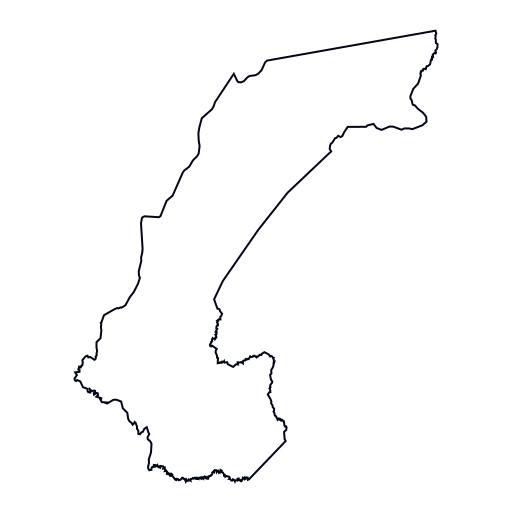 Kaputa, Northern, Zambia (Equal Earth projection)
{"feature_id": "96606910B91372429992286", "entity_name": "Kaputa", "entity_type": "district", "adm_level": 2, "iso_a3": "ZMB", "parent_name": "Zambia", "parent_adm1": "Northern", "projection": "equal_earth", "projection_center": [29.552, -8.814], "detail": "fine", "context": "isolated", "style": "outline", "palette": "ink", "viewbox_px": 512, "rotation_deg": 0, "n_neighbors": 0, "source": "geoboundaries", "source_scale": "gbopen_adm2", "svg_char_len": 6033}
<svg xmlns="http://www.w3.org/2000/svg" viewBox="0 0 512 512"><path d="M74.9,380.3L76.1,381.1L77.2,380.0L80.3,381.5L83.0,387.2L87.7,388.9L87.5,390.9L88.3,392.2L90.2,392.5L90.0,389.3L92.0,391.2L94.0,390.5L95.0,390.8L95.2,392.0L93.8,393.1L94.0,394.6L96.7,393.0L97.7,393.3L98.1,395.2L96.4,396.7L101.3,398.2L101.2,398.8L100.0,398.8L101.8,402.1L105.9,402.4L105.2,402.8L107.1,403.5L113.6,399.7L116.7,399.8L121.1,401.5L122.9,408.4L127.3,412.8L128.2,418.9L129.5,421.3L131.8,423.1L132.6,424.7L134.0,423.5L134.6,422.0L135.6,422.9L137.0,426.6L137.0,428.8L138.3,430.7L138.4,434.0L140.1,434.2L141.4,432.3L142.9,431.7L144.4,428.7L146.8,427.2L148.3,432.3L149.3,434.0L147.5,437.4L147.8,439.3L150.2,441.2L151.5,443.7L151.0,452.5L148.8,459.4L149.0,463.0L148.1,466.6L148.1,468.3L149.3,470.2L151.4,469.8L151.6,467.7L152.4,466.8L153.9,466.9L153.9,464.9L155.4,465.1L155.9,466.3L157.3,465.0L157.8,466.5L159.6,466.2L159.1,467.3L160.2,467.8L161.0,466.0L163.2,466.4L163.6,466.9L163.2,468.4L164.8,467.7L164.8,469.3L165.5,469.8L164.9,471.1L166.3,470.9L167.2,471.9L166.8,473.8L167.9,474.2L168.7,473.4L169.7,475.1L170.3,473.7L171.2,473.6L172.3,474.7L171.3,475.9L172.6,476.1L174.8,479.1L175.8,478.9L175.8,479.5L176.4,479.1L176.7,479.7L177.2,479.0L178.1,479.1L178.8,480.2L180.4,479.8L182.3,477.7L183.0,477.9L183.6,478.9L184.7,478.9L185.4,480.6L185.8,480.0L186.0,481.3L186.7,480.2L187.1,480.9L188.5,480.6L188.7,479.6L190.1,480.4L189.8,479.7L190.6,479.1L191.3,479.4L192.8,478.0L193.6,478.6L194.6,477.7L195.7,477.8L195.6,478.7L196.7,479.0L197.3,479.0L197.4,478.0L198.6,478.8L198.7,478.0L199.7,478.3L200.0,477.7L200.8,478.3L201.1,477.7L201.7,478.8L202.6,478.0L203.1,478.4L203.0,477.6L203.7,477.8L203.6,477.1L204.7,477.1L204.8,476.5L205.9,476.9L206.0,478.3L206.5,478.5L206.8,477.7L207.4,478.3L207.8,477.4L208.3,478.1L209.0,476.1L210.7,475.9L211.1,475.0L211.8,474.8L212.4,473.6L212.2,472.6L213.2,471.7L214.0,472.2L214.0,470.8L214.8,470.1L216.0,470.3L216.5,471.8L216.9,470.8L217.6,471.4L217.6,470.7L218.3,470.6L218.8,472.2L219.5,471.0L219.4,472.3L219.9,472.7L220.5,471.7L220.6,470.0L221.8,470.7L221.6,472.1L222.9,472.6L224.0,474.4L224.0,475.4L224.8,475.1L225.3,476.8L226.5,476.0L229.2,476.8L229.8,477.9L229.2,478.8L229.9,478.7L231.3,480.5L232.5,480.6L233.0,479.3L234.6,480.2L235.0,481.3L235.4,480.3L237.6,480.3L237.5,478.8L238.3,478.6L238.2,479.8L238.8,479.3L238.9,480.0L240.4,480.1L240.4,480.9L241.0,481.3L241.8,480.8L243.0,477.7L244.4,479.1L244.8,477.8L245.7,478.7L246.4,478.1L246.4,477.4L247.7,477.6L247.9,479.8L248.9,479.4L285.6,441.1L284.6,438.9L284.1,431.8L286.2,430.0L286.6,427.4L286.0,426.3L285.2,426.6L284.5,425.7L283.9,421.3L283.1,421.2L282.3,420.0L281.4,420.5L281.3,419.7L280.1,418.9L279.9,419.4L279.0,418.7L278.8,419.5L278.1,419.1L277.6,419.7L276.0,416.2L274.8,415.6L274.4,413.0L273.5,411.5L274.1,410.4L274.1,408.6L272.7,407.2L272.6,405.6L271.1,403.2L271.4,401.6L270.5,399.1L267.8,394.5L269.2,392.4L270.4,392.1L270.1,389.2L269.5,388.5L270.4,387.3L270.0,387.1L270.4,384.8L272.0,382.8L272.3,381.5L270.9,379.5L270.1,374.8L271.4,373.5L271.2,370.1L272.8,367.4L273.6,365.0L273.5,363.4L274.0,363.2L274.4,361.7L273.8,361.9L273.8,359.5L273.3,358.8L273.6,358.0L273.1,358.0L272.2,356.5L271.0,355.9L270.2,356.5L268.7,354.4L264.4,352.2L261.8,353.8L261.3,355.0L259.8,354.8L257.7,356.7L256.4,356.5L256.3,357.2L254.3,355.7L253.0,356.1L252.7,356.8L250.9,357.0L250.2,356.4L248.7,359.1L247.8,358.8L246.8,359.6L245.3,358.4L245.6,359.0L245.2,360.4L243.3,360.7L242.9,361.4L242.9,363.3L241.2,362.0L240.1,362.6L237.7,362.3L238.0,364.5L236.0,364.3L233.1,366.9L227.8,364.2L227.2,362.2L224.5,362.6L224.1,361.2L223.6,362.0L222.2,361.6L221.7,362.8L220.3,362.2L220.0,362.8L217.7,363.2L218.0,358.1L217.0,357.6L217.1,356.1L215.6,352.3L215.9,350.4L216.8,349.0L212.5,345.9L211.5,346.3L211.5,345.7L210.2,345.8L209.9,344.6L211.4,342.3L211.2,341.9L212.2,341.3L211.9,339.7L212.6,338.4L212.9,338.9L214.8,338.3L215.0,339.1L216.4,337.2L215.8,336.0L216.1,334.8L215.7,334.6L216.4,334.2L216.2,333.2L216.7,332.7L216.5,331.8L215.7,331.7L217.2,328.8L216.3,328.4L216.4,326.9L217.1,325.4L217.9,325.3L218.0,324.0L217.0,322.4L218.0,321.1L217.2,320.7L218.7,319.3L220.4,319.4L220.3,316.8L221.3,315.8L222.1,313.7L220.3,311.6L219.3,309.1L217.4,308.6L214.1,299.3L222.9,280.9L258.2,229.9L287.6,192.7L328.3,154.1L328.6,154.6L328.5,154.0L331.2,151.5L329.7,149.0L330.1,145.6L330.9,143.7L332.4,142.5L335.1,138.2L336.4,137.9L338.2,135.8L340.7,137.1L342.4,135.9L344.1,132.3L347.7,126.9L366.2,126.8L367.4,125.4L373.5,123.9L376.6,128.0L381.6,129.9L389.7,126.5L393.4,126.7L401.5,129.7L404.5,128.4L409.6,128.5L412.2,129.2L422.4,125.3L426.5,121.7L426.2,116.8L423.0,112.7L418.0,108.9L414.8,105.3L413.2,105.0L412.5,104.0L411.7,100.3L410.5,98.6L410.4,96.2L413.3,88.8L418.1,83.6L420.9,75.4L420.3,73.4L421.0,72.4L420.9,71.2L423.0,70.6L422.8,69.4L424.1,68.7L425.7,69.2L426.6,66.3L427.9,66.1L430.0,64.4L431.1,59.6L432.0,59.6L432.0,56.8L433.1,57.0L432.8,54.6L434.5,53.0L435.6,53.4L436.0,52.7L435.4,50.6L436.7,49.2L437.5,47.0L437.5,44.1L435.9,43.0L435.8,39.7L435.3,38.3L435.7,36.0L435.3,35.4L436.3,33.7L435.5,30.7L267.0,60.6L265.1,62.4L261.5,70.3L258.0,73.9L255.4,75.2L249.5,76.0L247.4,77.4L243.8,81.2L241.3,82.3L238.6,82.2L237.5,81.4L233.8,73.8L215.0,102.2L213.6,106.4L211.9,109.3L201.8,118.2L199.3,127.6L198.4,133.2L198.7,140.5L199.6,146.2L198.6,153.8L197.0,156.3L192.9,160.4L189.3,166.6L184.0,170.7L182.7,172.7L172.7,195.5L166.6,200.8L160.5,216.1L158.9,217.2L144.4,216.3L142.0,217.7L141.0,223.4L142.6,248.8L142.2,253.1L141.1,257.3L141.3,260.8L138.7,271.6L139.0,275.5L139.9,277.8L138.0,283.7L133.8,292.0L129.9,297.0L125.4,305.3L121.4,307.7L120.4,307.4L118.6,308.4L117.4,308.0L114.5,309.2L104.0,315.2L101.4,322.3L100.8,322.8L101.3,324.0L100.9,327.3L101.4,330.3L100.5,338.2L96.5,342.2L96.5,347.5L97.1,350.8L96.5,353.9L96.7,355.4L95.6,356.7L95.9,357.8L95.3,359.3L94.4,359.8L90.3,357.0L88.3,357.4L87.5,355.7L85.7,356.3L82.3,360.2L82.8,362.3L82.3,365.4L81.4,365.8L80.9,367.1L80.4,366.8L79.9,367.5L79.1,366.8L78.3,369.6L79.6,370.2L79.5,371.8L75.2,372.4L76.9,375.1L74.5,378.6L74.9,380.3Z" fill="none" stroke="#020617" stroke-width="2"/></svg>